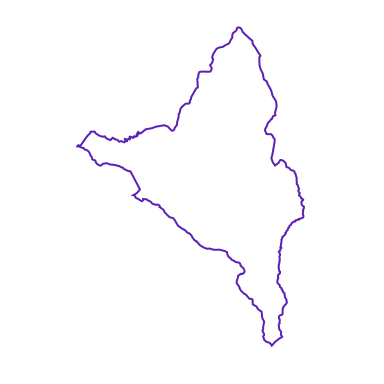 the district of Brosteni, Vrancea, Romania, rotated 175°
{"feature_id": "2599482B78982414429299", "entity_name": "Brosteni", "entity_type": "district", "adm_level": 2, "iso_a3": "ROU", "parent_name": "Romania", "parent_adm1": "Vrancea", "projection": "natural_earth1", "projection_center": [27.004, 45.77], "detail": "fine", "context": "isolated", "style": "outline", "palette": "violet", "viewbox_px": 384, "rotation_deg": 175, "n_neighbors": 0, "source": "geoboundaries", "source_scale": "gbopen_adm2", "svg_char_len": 5990}
<svg xmlns="http://www.w3.org/2000/svg" viewBox="0 0 384 384"><g transform="rotate(175 192 192)"><path d="M302.3,247.5L300.9,247.3L297.1,245.4L296.3,245.4L295.1,243.6L293.5,243.1L292.1,242.1L290.8,240.3L289.8,236.9L289.2,236.3L288.8,235.4L288.6,233.5L288.4,233.1L285.6,231.8L285.3,230.4L284.9,229.3L284.0,228.1L282.3,226.8L281.0,226.2L280.5,226.3L279.9,226.5L278.4,227.8L274.7,228.2L271.4,226.6L267.9,226.0L267.2,225.6L265.9,225.5L263.8,224.6L262.6,224.4L260.5,222.9L258.6,222.2L258.2,221.2L257.7,220.7L256.6,220.3L255.4,219.4L253.1,218.2L252.0,218.1L251.4,217.7L243.7,199.3L243.8,198.8L247.1,195.7L248.9,194.7L250.7,194.0L249.6,193.6L248.4,191.1L245.6,189.3L243.7,187.7L242.5,187.2L241.4,188.1L241.3,189.3L237.7,188.6L236.8,187.5L235.0,186.7L233.6,185.4L232.7,184.0L231.7,183.4L228.8,182.3L227.1,182.5L225.5,181.2L225.3,180.8L225.7,180.0L222.1,176.9L221.8,176.5L221.1,174.3L217.0,169.3L215.5,168.4L213.4,167.8L212.5,166.9L211.6,165.5L210.2,162.3L208.6,159.2L208.0,159.0L206.2,157.3L204.1,155.7L202.8,155.1L200.2,152.0L198.3,151.0L197.6,150.3L196.4,149.0L195.4,146.3L194.7,145.4L194.5,144.9L193.9,144.0L191.9,142.6L192.0,142.2L190.3,140.9L189.9,139.6L188.3,138.0L184.9,135.5L181.7,134.1L179.1,134.1L176.6,133.0L174.2,132.4L169.4,132.1L164.2,130.2L162.3,128.9L162.2,126.9L161.4,124.5L159.2,122.4L158.9,121.7L158.1,120.8L157.0,120.3L154.4,118.4L151.1,117.4L150.6,116.9L150.1,115.7L150.1,114.6L149.5,113.8L147.5,111.6L147.2,111.1L146.6,109.3L146.6,108.0L148.0,106.3L149.2,106.0L149.3,106.2L149.7,106.0L150.9,106.2L151.4,105.5L153.3,104.6L154.1,101.9L155.3,99.1L155.4,98.3L155.3,97.0L153.5,94.0L152.9,92.6L153.0,91.8L151.5,89.0L149.1,86.3L147.1,84.9L144.3,80.8L141.6,80.1L141.1,79.5L141.2,74.7L137.6,72.2L136.6,69.7L136.1,69.1L133.1,66.7L133.0,60.4L131.4,56.6L132.9,51.1L133.1,49.0L133.9,47.8L133.8,47.3L132.5,44.0L132.7,43.1L133.7,42.0L133.7,41.4L133.1,39.7L133.1,38.7L131.3,36.6L127.4,34.7L125.9,32.0L122.4,35.4L117.9,38.3L114.8,39.8L114.8,40.2L115.5,41.2L115.9,42.2L115.8,42.9L115.4,44.2L115.5,44.9L116.1,46.2L116.8,47.0L117.2,48.9L117.1,52.3L116.1,53.6L116.3,54.4L115.7,56.4L115.8,57.6L116.3,58.4L116.4,59.7L116.1,60.5L115.5,61.2L112.6,62.2L112.4,62.6L112.1,65.9L111.5,68.5L110.1,70.6L108.5,71.8L107.1,73.6L107.1,74.3L107.4,75.4L107.3,76.4L108.7,79.4L108.5,80.4L108.8,81.4L108.6,83.0L110.0,84.4L110.0,85.1L110.4,86.2L111.2,87.1L111.0,88.1L111.1,88.4L112.2,89.2L112.6,89.7L112.8,91.7L114.5,93.5L114.9,94.8L114.3,97.3L113.7,98.3L113.9,99.0L113.5,99.5L113.7,100.6L113.6,101.2L112.5,102.8L111.7,103.1L111.4,103.5L111.3,105.0L111.7,105.2L112.1,106.5L112.1,108.3L112.4,109.1L112.0,110.1L112.0,111.8L111.3,113.0L111.2,114.4L110.8,115.2L110.9,115.9L110.5,116.5L110.4,117.6L110.6,119.9L109.8,121.4L109.9,123.3L110.7,125.1L109.2,126.0L109.2,126.9L109.1,127.3L107.9,128.5L108.8,129.5L108.0,130.6L108.0,132.2L107.1,134.8L107.1,136.6L106.0,138.5L106.0,139.1L102.6,141.8L102.5,143.1L101.8,143.3L101.7,144.0L101.2,145.0L100.0,145.7L99.5,147.4L99.1,147.9L98.4,148.1L97.8,149.8L97.3,150.2L96.3,150.6L95.4,152.4L94.3,152.8L93.7,153.6L91.7,153.6L91.5,153.8L91.4,154.5L91.2,154.8L88.0,155.2L87.9,155.9L85.7,156.1L83.8,156.8L83.4,157.1L83.1,157.9L83.2,159.4L83.4,159.8L83.5,161.2L82.9,162.6L83.1,164.3L82.2,165.5L81.7,167.4L81.9,167.9L82.8,168.5L83.6,169.4L83.9,170.3L83.8,171.5L84.0,172.0L83.3,173.4L82.1,174.2L81.9,174.5L82.5,175.6L83.7,176.0L84.3,178.0L85.4,178.8L85.7,179.4L85.5,180.3L84.9,180.9L84.8,181.7L85.8,183.0L86.0,184.3L85.1,185.6L85.0,186.0L85.7,187.4L85.8,188.7L86.2,189.4L86.2,189.8L87.0,190.9L86.7,192.7L86.8,195.3L86.5,196.2L86.6,197.6L87.0,198.8L87.2,200.9L87.9,201.7L88.3,203.6L89.3,204.5L90.6,204.8L91.5,205.4L92.4,206.2L92.9,207.3L95.8,208.8L96.1,212.2L96.5,213.1L98.4,215.2L99.9,216.0L101.2,216.2L103.3,213.4L107.0,211.2L108.9,214.6L110.0,218.5L108.7,222.2L106.2,231.5L105.1,235.9L105.1,237.8L106.1,238.7L106.3,240.0L107.9,242.6L112.6,243.2L113.9,246.7L113.5,248.6L111.7,251.1L111.2,252.6L110.2,254.3L108.0,256.2L106.9,257.6L105.8,258.1L104.8,260.3L102.3,261.2L102.5,261.5L102.3,264.0L100.9,267.8L100.2,270.5L100.4,275.1L103.3,280.8L104.3,286.3L107.4,293.4L108.0,295.8L110.6,297.9L111.2,303.9L113.0,308.5L113.7,312.2L113.3,319.6L112.7,321.0L111.9,321.7L113.8,325.1L115.6,329.0L118.6,334.2L118.7,337.5L120.7,339.3L127.3,346.6L129.0,350.8L131.2,352.0L132.7,351.6L133.5,349.4L135.0,348.1L137.0,347.0L137.5,346.4L138.2,344.8L138.4,342.4L140.3,339.9L142.1,336.8L146.8,335.0L148.0,334.2L149.0,333.8L152.1,333.6L154.5,332.8L155.4,332.1L158.5,328.1L159.8,325.5L160.2,324.1L159.3,322.1L161.0,318.5L162.8,317.0L162.8,316.3L161.9,314.9L161.6,313.6L162.0,312.1L163.2,310.4L165.7,310.4L171.1,311.1L174.1,310.9L174.4,310.6L175.6,308.0L175.6,306.3L176.7,304.5L177.0,303.3L176.8,299.8L177.2,298.6L176.9,296.4L177.1,295.6L178.4,295.1L178.9,294.7L184.0,287.3L184.5,286.5L185.0,284.4L186.3,283.0L186.2,281.7L186.8,280.8L187.7,280.3L189.9,280.6L191.0,280.3L194.8,277.5L196.0,276.1L196.5,275.2L196.7,274.1L197.3,272.5L197.7,271.5L198.4,270.9L198.7,268.0L200.8,262.6L201.1,260.2L203.7,257.3L204.3,255.7L205.1,255.1L205.6,254.8L206.3,254.8L207.2,255.2L210.4,259.3L214.0,261.0L215.1,260.7L216.8,260.7L222.9,260.1L225.6,259.2L226.9,259.0L232.7,258.5L232.8,258.2L234.8,257.1L236.1,256.0L238.1,254.9L239.3,255.2L239.8,256.1L240.4,256.5L241.0,255.3L240.4,255.0L240.4,254.3L240.8,253.9L241.6,254.8L242.1,254.1L242.2,253.8L241.8,252.5L243.7,252.0L244.8,252.6L245.5,251.7L245.5,251.3L245.9,251.0L247.3,252.0L248.4,252.5L249.3,252.4L249.7,251.1L249.0,250.5L249.3,249.9L249.5,249.8L251.0,250.3L251.9,249.8L254.3,250.7L254.4,250.3L252.4,249.1L252.2,248.8L252.3,248.3L254.7,248.1L255.3,247.4L258.2,248.9L260.2,248.4L261.7,250.4L263.9,251.3L264.3,251.3L265.3,252.4L266.4,252.9L266.8,252.3L267.6,252.1L268.1,251.2L269.0,250.9L269.4,251.0L272.9,253.1L274.0,255.0L274.6,255.1L274.9,254.9L275.9,254.8L277.7,255.4L279.6,256.3L283.1,259.1L283.4,260.1L283.9,260.7L287.8,260.9L288.0,260.0L288.3,259.5L290.4,257.8L292.2,256.0L299.3,247.6L300.9,248.5L301.8,248.2L302.3,247.5Z" fill="none" stroke="#5b21b6" stroke-width="2"/></g></svg>